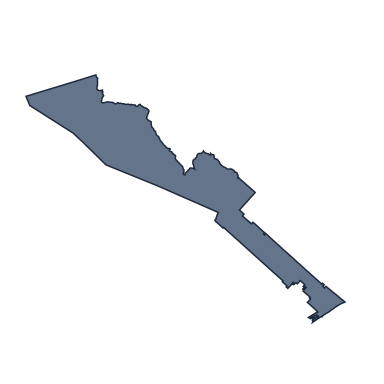 the district of Bácum, Sonora, Mexico, rotated 312°
{"feature_id": "50627088B14118013577680", "entity_name": "Bácum", "entity_type": "district", "adm_level": 2, "iso_a3": "MEX", "parent_name": "Mexico", "parent_adm1": "Sonora", "projection": "robinson", "projection_center": [-110.115, 27.66], "detail": "fine", "context": "isolated", "style": "filled", "palette": "slate", "viewbox_px": 384, "rotation_deg": 312, "n_neighbors": 0, "source": "geoboundaries", "source_scale": "gbopen_adm2", "svg_char_len": 5636}
<svg xmlns="http://www.w3.org/2000/svg" viewBox="0 0 384 384"><g transform="rotate(312 192 192)"><path d="M212.5,379.4L212.6,379.2L211.5,354.7L209.3,354.7L209.3,352.9L209.4,352.6L209.7,352.6L209.7,352.3L210.8,352.3L211.5,352.4L211.6,350.1L210.4,350.1L210.4,337.8L210.3,337.6L210.4,331.7L210.3,330.0L210.4,319.4L210.3,319.2L210.4,310.2L210.4,300.9L210.3,299.3L210.3,297.8L210.4,291.6L210.3,290.1L210.4,288.5L210.4,288.4L210.4,282.4L210.5,274.6L208.6,274.7L208.6,273.1L210.3,273.1L210.4,259.3L210.3,259.2L210.3,257.6L208.2,257.6L208.2,257.4L208.1,257.2L208.1,251.6L207.9,249.9L208.0,245.5L210.3,245.5L210.4,242.4L210.4,239.3L226.1,239.3L228.9,239.3L233.9,239.3L234.0,239.2L233.8,223.0L233.7,220.2L233.7,218.4L233.8,217.2L233.9,217.3L234.0,216.8L233.1,216.9L232.4,217.2L233.0,216.6L235.2,215.2L235.4,214.4L235.7,213.5L236.3,212.4L236.1,212.4L236.2,212.1L236.2,211.9L236.0,211.4L235.4,210.5L235.5,210.5L235.5,210.1L235.8,209.9L235.9,209.7L236.0,209.4L236.0,208.8L236.1,208.6L235.4,206.6L235.7,206.1L235.1,205.6L234.1,204.4L233.1,203.4L232.6,202.7L232.5,200.2L231.8,198.9L231.5,195.0L232.0,193.3L232.6,192.4L233.1,188.8L231.9,186.2L234.1,183.7L234.1,183.1L232.9,181.5L233.1,180.1L232.4,180.7L231.4,180.7L231.3,180.1L231.4,178.6L229.9,176.0L230.0,175.4L229.9,174.1L230.2,173.1L228.5,173.4L227.0,173.1L225.4,171.4L224.2,171.0L222.8,171.1L220.8,172.2L219.7,171.9L218.7,172.2L217.9,171.8L216.3,171.6L214.2,173.1L211.3,177.7L210.8,178.7L210.6,177.9L210.4,177.0L208.8,174.7L202.3,174.6L201.6,174.2L200.2,175.3L199.5,174.6L199.4,173.9L200.4,172.7L201.5,172.4L202.4,171.9L202.9,171.3L203.1,171.2L203.3,170.1L204.7,167.8L204.7,167.3L204.6,166.9L204.7,166.6L204.7,166.0L204.8,163.7L205.0,162.9L204.9,162.8L204.9,162.1L205.0,161.8L205.3,158.2L205.4,157.7L206.1,156.9L206.6,156.5L207.8,155.7L208.0,155.5L208.1,155.2L207.7,152.9L207.5,152.5L207.8,152.3L208.0,152.2L208.0,151.9L207.8,151.4L207.7,151.2L208.2,150.1L208.3,149.9L207.9,149.3L207.6,148.5L207.7,147.5L207.8,147.4L208.0,147.3L209.2,147.2L209.3,147.1L209.5,146.7L209.4,146.3L209.1,146.0L208.9,145.9L208.0,144.5L207.8,144.1L208.1,143.5L208.2,143.3L208.1,142.9L207.9,142.3L208.1,141.9L208.2,141.4L208.3,141.1L208.2,140.9L208.1,139.8L209.3,133.5L210.8,130.2L210.6,127.2L212.6,124.2L212.4,123.0L213.2,120.8L213.4,118.8L214.6,116.8L215.2,116.1L215.6,115.8L216.0,115.5L216.4,115.1L216.7,114.8L216.8,114.6L216.8,114.0L216.7,113.6L216.3,113.0L216.2,112.6L216.2,109.1L217.0,108.4L223.2,106.0L223.5,105.6L223.8,104.9L223.8,104.5L223.7,104.2L223.4,103.7L223.5,103.4L223.9,103.1L223.9,102.7L223.6,102.1L223.6,101.8L223.3,101.3L223.1,101.2L223.0,100.9L223.0,100.4L222.9,100.1L222.8,99.7L222.5,99.5L222.3,99.2L222.6,98.5L222.6,98.2L222.2,97.1L222.1,96.8L222.1,96.0L222.4,95.3L222.4,95.0L222.3,94.7L222.1,94.5L221.6,94.2L219.3,94.2L218.2,93.0L218.1,92.7L218.6,91.9L218.6,91.5L218.5,91.3L217.4,90.1L217.0,89.2L216.4,88.5L216.2,87.9L215.9,87.7L215.3,87.6L215.1,87.3L214.7,86.0L214.4,85.6L214.2,85.4L213.5,85.0L213.3,84.8L213.0,84.4L212.5,83.6L212.3,83.1L212.3,82.9L212.0,82.4L211.7,82.0L211.6,81.9L211.4,81.9L211.2,81.6L211.0,81.3L210.6,80.2L210.4,79.9L210.1,79.5L209.9,79.2L209.6,78.9L209.1,78.6L208.8,78.1L208.9,77.4L208.8,77.0L208.7,77.0L208.2,77.1L207.7,76.9L206.8,76.5L206.6,76.3L206.4,76.2L206.1,76.0L206.1,75.9L206.1,75.7L206.0,75.0L205.8,74.1L205.4,73.0L202.5,69.0L201.7,68.3L201.5,68.2L200.4,67.5L199.5,67.0L198.5,66.0L198.0,64.7L201.7,62.2L204.4,62.0L204.8,60.8L205.0,60.3L205.0,59.9L205.2,59.5L205.3,59.4L205.6,59.5L205.8,59.4L206.3,58.9L206.9,58.6L207.0,58.5L207.0,58.3L206.7,57.9L207.3,57.5L207.4,57.4L207.7,57.2L207.0,56.8L205.4,55.4L204.5,53.1L205.7,51.6L207.9,50.5L209.3,49.1L209.8,48.9L212.2,46.5L213.4,45.9L213.6,43.8L214.7,42.2L200.0,33.5L152.0,4.6L147.7,13.6L156.2,64.0L156.0,77.5L154.6,109.9L173.3,161.6L194.3,225.0L194.2,225.4L192.9,225.6L191.4,226.2L188.5,227.5L187.3,227.9L186.4,227.9L186.0,228.6L185.9,228.8L186.0,231.3L186.0,239.2L186.8,239.2L186.8,251.5L186.8,257.6L186.9,259.7L187.0,260.8L186.8,261.2L186.8,263.7L186.8,279.3L186.8,280.8L186.8,282.4L186.8,291.6L186.8,294.6L186.8,294.8L186.8,296.1L186.7,299.8L186.7,300.7L186.8,300.9L186.8,307.0L186.8,310.0L186.8,313.1L186.8,314.7L186.8,319.3L185.7,319.3L185.7,325.5L184.5,325.5L184.5,327.0L184.5,327.7L188.5,327.8L189.7,327.8L189.7,327.7L192.8,327.7L192.7,328.4L190.9,328.5L190.8,329.2L191.1,329.5L191.6,329.7L193.3,329.9L194.0,330.0L194.2,330.4L194.1,331.3L194.2,331.7L198.6,331.7L198.6,337.8L196.2,337.8L196.2,339.3L197.4,339.3L197.4,340.8L195.1,340.8L195.1,339.3L193.9,339.3L193.9,340.8L192.7,340.9L192.7,344.0L192.9,350.1L191.8,350.1L191.8,351.7L188.9,351.7L187.2,351.6L187.2,356.0L187.1,365.8L186.5,365.8L186.5,365.4L179.9,363.4L176.5,362.4L176.5,362.7L176.8,362.8L177.3,363.4L177.3,363.6L177.2,363.7L177.0,364.7L178.6,365.3L179.1,363.6L179.9,363.8L179.7,365.2L179.8,365.9L180.7,366.4L180.8,365.6L182.1,365.9L182.4,365.9L182.6,366.7L184.0,366.7L184.0,367.6L183.5,367.6L183.5,368.6L184.0,368.9L184.1,369.2L184.0,369.4L183.9,369.5L183.2,369.5L182.9,369.3L182.7,369.0L182.7,368.7L182.5,368.3L182.0,368.1L180.3,368.1L180.3,367.9L179.6,367.2L179.0,366.7L178.5,366.4L177.1,367.4L177.4,368.1L177.5,368.0L177.9,368.0L178.1,368.1L178.2,368.3L178.7,369.0L178.3,369.1L178.2,368.9L177.8,368.9L177.8,369.0L177.7,369.0L177.6,368.9L177.4,369.0L177.2,368.9L176.8,368.6L176.6,368.4L175.7,368.8L178.7,369.5L185.6,371.3L186.1,371.7L186.1,371.9L186.3,372.1L186.4,371.8L186.7,371.7L187.0,371.8L191.5,373.0L193.5,373.7L194.5,373.9L195.7,374.3L196.3,374.3L197.5,374.5L198.7,374.9L199.7,375.1L201.5,375.4L204.9,376.3L206.6,376.8L208.1,377.3L210.4,378.2L210.6,378.4L211.8,379.0L212.5,379.4Z" fill="#64748b" stroke="#1e293b" stroke-width="1.5"/></g></svg>